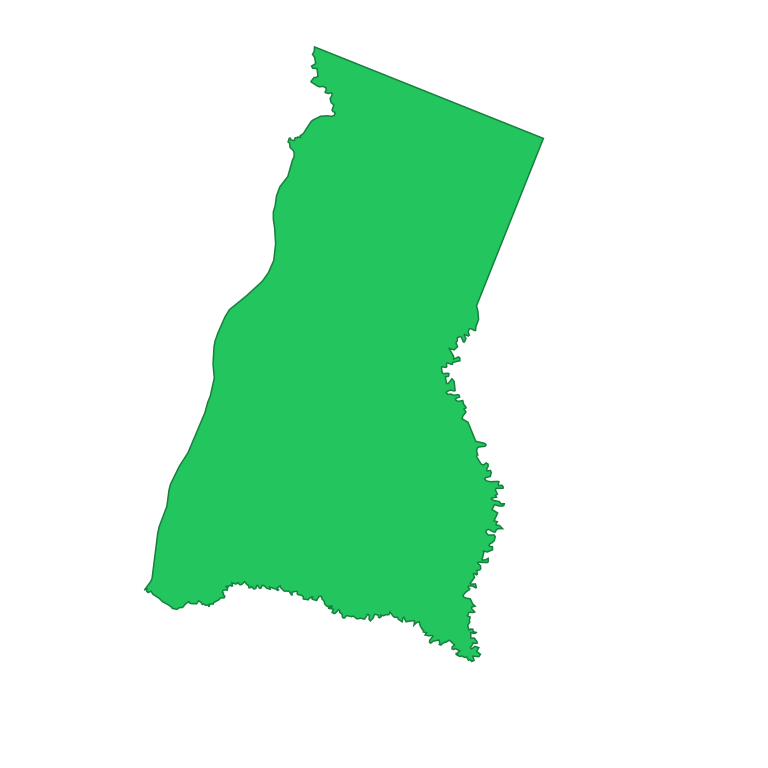 Chong Kal, Otdar Mean Chey, Cambodia (Natural Earth projection), rotated 292°
{"feature_id": "14789045B71050789066686", "entity_name": "Chong Kal", "entity_type": "district", "adm_level": 2, "iso_a3": "KHM", "parent_name": "Cambodia", "parent_adm1": "Otdar Mean Chey", "projection": "natural_earth1", "projection_center": [103.539, 14.003], "detail": "fine", "context": "isolated", "style": "filled", "palette": "green", "viewbox_px": 768, "rotation_deg": 292, "n_neighbors": 0, "source": "geoboundaries", "source_scale": "gbopen_adm2", "svg_char_len": 6165}
<svg xmlns="http://www.w3.org/2000/svg" viewBox="0 0 768 768"><g transform="rotate(292 384 384)"><path d="M161.5,571.1L164.9,568.2L166.7,574.1L169.5,574.7L170.9,570.1L175.1,570.7L174.8,566.5L171.7,564.8L171.2,563.8L172.0,562.9L175.8,563.7L176.9,563.2L178.3,567.4L179.5,567.3L182.3,562.9L180.8,559.8L186.0,557.5L186.2,560.2L187.2,562.2L188.2,562.6L187.8,559.4L189.9,558.3L189.4,556.3L187.7,554.9L191.7,552.0L195.3,552.8L197.0,551.6L200.2,551.2L200.3,548.1L204.2,548.3L205.5,552.3L206.7,553.5L208.4,549.5L209.9,548.8L212.2,551.7L213.1,548.8L217.2,544.4L216.2,540.5L216.3,537.9L217.5,536.5L221.5,537.7L225.2,540.2L226.2,540.3L227.2,538.0L228.5,538.3L229.9,541.9L229.3,545.4L230.0,545.8L232.9,543.7L230.9,539.5L231.5,538.6L238.4,540.4L241.4,538.0L242.3,538.6L241.6,541.2L242.6,541.8L246.0,539.9L247.6,542.5L249.0,542.9L251.5,541.6L253.2,537.8L254.2,538.2L256.5,545.2L257.3,546.9L258.2,547.2L261.4,545.9L258.8,543.8L257.6,540.8L265.0,539.7L266.4,538.8L266.9,542.7L271.0,546.8L273.8,545.5L273.1,542.8L273.6,541.9L275.7,542.1L277.4,543.8L280.1,544.9L284.0,544.4L285.3,542.7L283.0,537.2L284.6,534.1L286.8,533.8L288.4,535.3L287.8,540.9L288.5,542.7L290.4,542.6L292.5,543.8L294.3,548.1L296.1,543.9L295.3,541.0L296.3,540.3L298.8,540.7L298.4,537.3L307.0,537.7L308.1,531.2L313.6,531.6L313.9,536.0L315.1,539.5L316.5,540.6L318.0,540.4L316.7,537.2L318.1,535.1L317.1,528.6L317.8,526.5L318.6,526.6L321.2,530.7L322.3,529.1L324.3,530.4L327.5,527.0L329.3,527.1L331.9,533.4L333.3,533.1L334.3,531.1L332.8,528.3L333.8,527.5L336.4,527.3L336.4,526.1L333.2,519.1L332.6,515.5L333.3,513.5L334.0,512.7L335.2,513.4L338.1,517.2L342.1,516.6L343.7,515.1L342.0,512.3L342.4,511.7L343.7,511.1L346.9,511.4L348.7,510.5L349.1,508.2L346.2,506.6L346.1,504.4L347.0,502.9L351.4,496.9L352.8,496.8L353.4,497.6L356.2,495.1L359.7,494.5L361.1,495.6L364.1,501.0L365.7,501.5L366.5,500.5L366.6,498.9L365.3,490.5L380.0,476.2L381.0,469.5L384.0,469.1L388.7,470.5L390.9,467.5L392.5,469.0L393.2,468.7L395.3,465.2L398.2,463.2L395.9,459.7L395.6,457.7L396.1,456.3L397.8,456.1L400.1,459.0L401.6,458.0L401.9,456.8L399.7,452.9L399.7,449.6L398.3,447.3L399.2,445.0L400.5,445.2L403.2,447.8L403.9,451.9L404.6,452.4L412.6,448.1L414.3,445.0L408.6,443.4L407.9,441.7L413.6,438.3L415.4,440.9L417.9,440.4L417.9,439.2L415.8,435.0L416.2,433.8L420.3,431.3L421.7,431.4L422.6,435.3L423.5,435.7L426.4,434.3L427.5,435.0L427.3,437.8L427.9,440.1L429.4,439.6L430.1,440.2L434.0,445.7L436.8,444.3L437.0,442.9L433.1,439.2L435.7,438.2L441.3,431.2L441.9,436.2L446.1,438.3L449.2,435.2L451.3,435.9L454.5,434.6L456.5,436.9L456.5,438.1L452.9,441.6L452.7,442.5L453.5,442.9L457.0,442.9L459.1,440.2L460.0,440.2L460.1,444.2L461.2,444.8L463.7,442.6L466.6,442.3L467.9,443.5L467.5,448.1L468.0,448.8L471.6,447.7L479.3,447.5L486.7,443.8L491.1,440.5L671.4,439.8L670.5,193.3L666.3,194.7L662.8,194.2L660.8,197.4L655.4,200.6L651.6,197.7L650.1,199.4L651.3,203.8L644.6,207.4L642.9,206.3L641.9,204.3L637.5,203.0L636.7,203.3L635.3,210.8L635.4,213.0L637.1,216.0L636.9,219.2L635.2,220.2L632.5,220.0L632.2,220.8L632.5,223.6L634.1,225.6L634.1,226.8L631.8,227.7L628.5,227.1L625.2,229.4L623.9,233.0L618.5,233.2L617.5,234.5L617.4,236.9L615.7,237.2L614.5,237.2L612.6,235.4L611.5,231.1L608.5,224.9L602.5,219.5L600.2,218.1L585.7,215.3L583.0,213.3L581.4,214.2L580.7,211.5L580.0,211.5L579.1,209.5L576.2,209.6L575.3,206.6L576.9,205.1L576.4,204.1L572.4,204.4L572.0,206.2L568.0,208.4L566.7,212.0L564.9,214.0L560.8,215.6L557.6,215.2L540.4,217.1L528.0,213.6L518.3,213.8L508.5,216.3L502.1,216.9L495.0,219.8L487.8,224.1L473.3,231.0L457.3,235.5L443.8,235.1L433.7,232.7L414.0,223.3L395.0,212.8L386.5,211.4L368.5,210.9L360.3,211.3L355.0,212.4L338.4,218.0L326.0,224.4L307.3,227.5L301.2,227.4L290.2,228.7L246.7,228.0L230.9,225.0L210.9,223.6L205.0,224.4L189.3,228.5L167.3,229.0L160.9,230.1L116.8,241.8L113.0,241.6L103.1,239.0L105.2,240.9L102.9,241.7L102.3,243.4L104.6,245.8L102.5,248.4L101.0,256.1L99.2,260.0L98.4,267.0L97.3,271.3L96.6,271.7L97.5,276.5L99.9,277.9L101.3,280.9L106.7,282.8L109.1,284.7L108.1,285.4L108.2,287.7L110.0,292.6L113.4,293.3L113.1,295.8L111.5,298.1L112.4,299.2L112.0,301.3L113.3,303.9L112.2,304.7L112.7,305.3L114.6,304.7L116.0,308.1L117.5,307.9L122.1,311.8L124.4,312.5L125.8,315.9L127.7,315.9L128.2,314.2L130.0,313.5L130.3,312.2L132.2,312.1L133.9,314.2L134.0,315.8L137.0,315.4L136.5,314.1L137.2,313.4L138.3,315.8L139.9,316.9L139.5,318.3L140.1,319.2L142.7,317.4L143.0,321.7L145.2,323.2L143.9,325.2L144.5,327.0L148.4,328.7L146.4,332.8L146.5,333.9L144.5,335.1L145.3,336.8L146.8,337.3L145.1,340.1L146.4,341.7L149.3,341.5L150.0,342.3L148.4,344.3L148.0,345.4L148.6,346.4L151.9,346.5L151.9,348.9L150.7,351.9L151.1,355.4L152.9,354.1L153.3,360.7L152.8,362.7L153.6,363.4L155.1,361.3L157.9,363.3L156.7,364.0L154.6,369.0L156.4,373.6L153.9,377.0L154.0,377.8L156.5,376.7L159.0,380.4L158.9,381.5L156.9,382.1L156.5,383.4L157.2,386.6L156.6,388.8L154.4,389.7L155.6,394.7L156.9,394.7L159.5,396.7L159.7,397.7L157.9,397.6L157.6,398.7L158.0,402.6L162.5,403.2L163.7,405.6L161.4,407.1L160.4,409.6L157.8,411.5L156.7,413.9L156.5,415.5L158.3,417.5L158.6,419.2L157.4,419.2L155.9,416.7L155.2,416.8L156.3,421.5L152.8,421.4L152.4,423.7L153.2,424.7L157.7,426.4L157.5,427.6L155.6,428.5L154.8,431.4L152.3,432.7L151.8,433.9L152.3,435.1L154.9,435.8L155.5,437.0L156.0,440.8L157.3,442.5L156.1,447.0L158.3,450.3L158.3,453.0L159.0,454.2L164.1,455.0L164.4,456.0L163.3,457.3L160.3,458.2L159.2,460.1L163.3,461.7L166.9,461.4L167.6,465.3L165.6,466.4L165.6,467.5L167.3,468.6L168.5,467.6L169.0,470.5L170.3,471.5L172.0,475.0L174.9,475.0L172.1,479.5L171.6,481.3L172.8,483.9L171.2,485.5L170.3,490.0L174.2,489.2L175.2,489.8L171.8,493.5L175.3,499.3L175.5,501.3L171.6,502.1L174.7,503.4L176.7,505.6L173.2,508.3L170.6,511.7L170.4,512.9L168.8,513.3L169.3,516.5L166.7,516.1L167.3,519.9L168.8,522.7L168.6,523.9L163.6,522.4L161.6,522.9L161.1,524.2L164.2,526.2L167.2,530.9L164.4,533.0L163.2,532.8L163.2,534.5L166.6,536.3L168.0,538.4L171.0,540.6L168.5,547.2L165.9,545.7L163.9,546.2L163.9,548.1L165.4,549.4L164.9,554.4L162.9,553.1L161.0,553.2L161.3,551.9L160.5,552.0L160.0,553.4L159.8,556.6L161.1,558.2L160.6,561.1L161.8,562.9L159.5,565.8L160.6,567.1L159.6,569.3L161.5,571.1Z" fill="#22c55e" stroke="#15803d" stroke-width="1.5"/></g></svg>